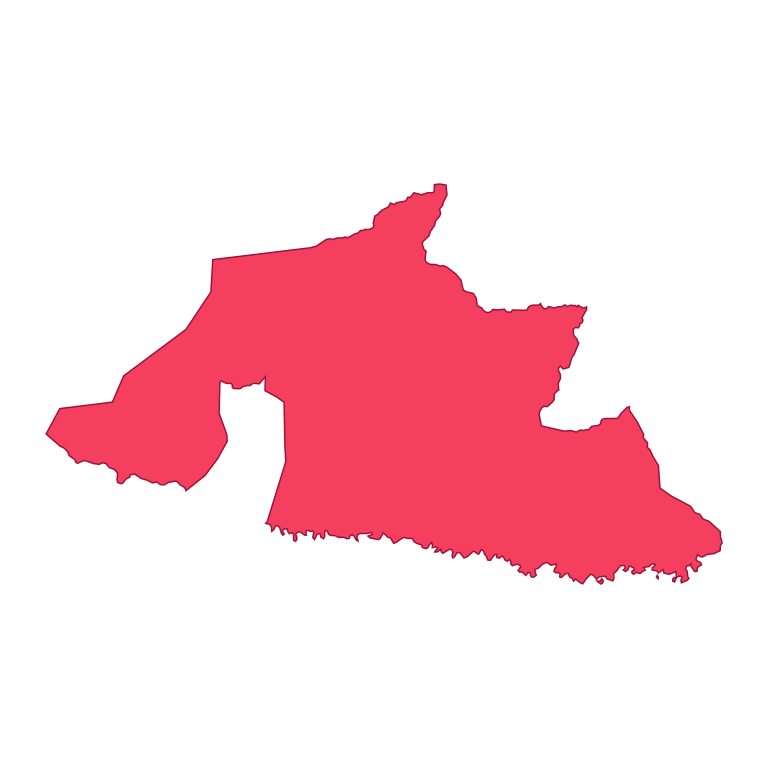 the district of Brasiléia, Acre, Brazil
{"feature_id": "56859067B75567329217000", "entity_name": "Brasiléia", "entity_type": "district", "adm_level": 2, "iso_a3": "BRA", "parent_name": "Brazil", "parent_adm1": "Acre", "projection": "orthographic", "projection_center": [-69.109, -10.703], "detail": "fine", "context": "isolated", "style": "filled", "palette": "rose", "viewbox_px": 768, "rotation_deg": 0, "n_neighbors": 0, "source": "geoboundaries", "source_scale": "gbopen_adm2", "svg_char_len": 6121}
<svg xmlns="http://www.w3.org/2000/svg" viewBox="0 0 768 768"><path d="M265.7,523.4L269.7,524.4L271.3,526.5L271.8,531.3L274.3,529.1L275.1,526.0L277.6,525.6L279.6,527.4L281.5,533.5L282.9,535.2L284.3,534.0L282.9,532.2L282.8,529.8L284.5,528.9L287.0,528.8L287.7,531.3L289.4,533.8L291.9,532.7L293.4,534.0L293.7,540.4L295.6,541.3L296.8,539.4L296.8,537.2L295.6,533.9L298.3,531.8L301.0,532.4L304.5,535.1L306.4,535.1L305.8,532.6L306.5,530.6L308.6,530.5L310.4,531.5L312.6,530.9L313.7,532.2L312.8,537.4L314.6,539.5L316.7,534.9L318.1,533.6L320.1,533.9L320.8,537.0L323.6,538.7L324.7,536.5L324.7,532.2L325.6,530.5L327.6,531.4L328.5,534.2L330.5,535.4L334.9,535.6L338.6,537.4L343.7,537.2L346.5,538.6L349.1,538.5L350.0,535.8L352.0,534.8L354.0,535.9L356.2,540.0L358.0,541.1L356.9,536.5L357.9,534.5L359.9,533.5L367.0,533.5L371.5,532.4L372.4,534.4L368.0,536.1L369.9,537.9L378.5,539.6L380.5,538.1L383.2,532.8L387.8,537.2L390.4,537.9L393.7,543.3L396.0,542.5L402.1,538.2L404.5,537.5L407.4,538.4L412.6,538.5L413.6,541.2L416.6,543.3L421.6,544.9L422.3,547.4L424.2,548.3L426.5,548.6L428.1,547.3L429.4,544.6L431.6,542.6L432.4,544.8L432.3,547.6L436.3,546.8L437.8,547.9L434.7,551.9L437.3,551.9L440.9,549.3L441.3,551.8L442.7,553.4L449.4,549.3L451.6,549.6L452.8,551.6L452.1,556.0L452.8,557.9L454.5,556.9L457.1,552.6L459.9,552.7L464.1,558.0L467.2,556.8L473.1,551.4L474.9,551.7L476.6,553.4L478.7,554.1L481.4,549.4L483.7,551.3L484.5,554.3L486.2,556.0L487.9,560.1L490.4,560.4L494.3,554.9L496.6,554.4L496.6,557.3L499.2,558.2L502.1,556.0L503.8,557.5L504.8,559.8L507.2,561.3L509.6,559.5L510.8,561.6L510.9,564.2L512.3,565.7L517.0,564.2L519.3,564.9L520.8,566.7L518.0,570.6L519.4,572.0L522.2,572.0L525.8,575.4L528.2,572.6L530.2,572.8L530.6,575.8L531.8,577.2L534.2,576.9L536.3,575.1L535.2,572.7L534.9,569.5L538.8,567.9L542.0,564.6L545.6,562.6L547.7,562.8L550.9,565.2L556.3,564.0L556.1,566.7L554.6,568.9L554.0,571.5L555.8,572.7L558.5,572.7L560.2,573.8L559.6,576.9L561.3,577.6L565.5,573.7L568.2,573.4L569.9,577.4L571.8,577.9L573.7,581.2L575.5,579.0L580.3,582.8L582.8,583.8L586.2,578.7L590.9,574.2L593.4,575.4L596.7,579.4L598.4,577.1L603.2,576.2L605.4,576.5L607.1,578.9L612.8,580.9L613.9,578.7L613.6,573.6L615.9,571.7L620.4,565.8L623.9,565.4L625.0,566.8L625.1,568.6L623.1,569.9L625.3,571.5L627.7,570.1L629.4,566.0L633.7,567.9L634.3,569.9L632.0,571.1L632.0,573.2L633.6,574.3L636.5,572.3L639.0,573.4L640.7,573.2L642.6,571.3L645.3,570.2L643.6,567.4L649.3,566.5L650.9,564.6L652.7,563.9L655.1,564.3L654.1,566.6L652.2,567.6L652.1,570.0L656.7,570.8L658.6,572.9L663.0,569.6L664.0,573.2L669.3,574.3L675.8,571.6L676.6,577.2L680.3,575.9L682.2,577.2L680.9,580.1L681.4,582.8L686.9,580.5L688.9,578.6L687.8,576.9L687.2,571.3L685.6,569.0L686.6,565.9L689.1,565.7L691.0,563.8L691.2,566.4L694.6,571.5L696.9,571.3L697.5,567.3L701.6,564.8L700.5,562.5L696.8,560.8L696.0,559.0L697.6,554.7L699.8,556.5L702.6,556.9L707.5,554.3L713.8,553.7L720.1,550.7L720.5,545.0L721.9,543.5L721.9,541.5L720.4,536.9L720.4,531.7L709.0,521.3L703.1,519.1L699.8,514.3L694.9,512.7L690.6,506.3L671.0,495.9L660.0,488.1L658.4,465.5L653.2,456.9L649.8,449.6L647.4,447.5L647.5,442.7L644.0,438.8L643.2,437.0L643.7,434.6L637.4,422.2L629.9,411.1L629.2,409.1L629.5,406.7L627.0,407.4L621.1,413.4L617.6,418.4L604.4,418.6L602.1,419.4L601.0,421.2L600.7,423.8L598.3,425.4L591.6,426.4L589.0,429.4L582.8,430.5L580.6,429.9L576.3,432.1L570.9,430.5L564.4,431.2L541.4,425.9L539.2,414.9L539.5,412.1L541.6,408.0L543.9,406.3L547.4,406.6L552.3,402.1L554.1,399.8L554.2,394.2L556.8,391.2L558.8,390.0L558.1,383.7L560.3,378.8L560.5,376.9L560.2,374.0L558.5,370.5L558.6,367.9L560.3,366.1L563.3,369.0L568.7,367.4L569.6,365.6L571.6,358.2L574.3,354.0L578.8,343.0L577.4,341.0L577.1,339.2L573.8,335.5L573.1,329.3L575.6,327.4L578.1,327.9L579.5,326.2L579.9,323.6L582.2,322.6L583.0,320.1L581.9,318.0L586.7,309.2L586.5,306.9L584.4,307.9L582.0,307.6L578.2,305.3L577.2,306.9L575.4,305.6L570.5,305.2L567.4,306.6L565.0,304.9L561.0,306.9L558.7,306.7L553.7,307.9L548.6,306.5L546.6,308.6L543.8,308.6L541.4,305.8L540.5,303.6L538.7,305.1L532.1,305.2L530.2,306.0L528.5,306.9L527.0,309.9L524.7,310.3L512.4,310.0L511.1,312.1L507.7,312.1L505.7,311.0L504.3,309.2L497.7,309.9L492.6,309.5L491.4,311.2L489.3,312.4L486.3,312.4L482.8,310.0L482.0,308.1L477.2,305.6L476.2,298.2L473.3,293.4L467.1,292.0L463.3,290.1L460.9,280.0L455.4,273.6L446.6,267.0L443.4,265.6L440.1,266.1L435.4,264.5L429.8,264.3L426.0,262.0L425.0,259.1L426.1,251.2L423.8,249.2L422.3,244.2L422.9,241.6L428.9,236.0L430.4,231.5L434.5,225.5L435.6,221.0L439.6,216.2L440.6,213.5L439.6,209.0L442.7,205.2L443.4,202.2L447.0,195.0L446.0,185.1L439.9,184.0L434.4,184.6L434.2,191.5L432.8,192.8L428.0,192.7L421.4,194.7L413.9,192.8L410.1,197.7L408.1,197.0L405.7,201.0L396.3,202.8L394.7,204.6L390.4,203.0L388.6,206.8L382.5,209.9L379.5,212.2L377.8,214.4L374.8,216.1L373.2,223.6L374.1,225.3L373.0,227.7L369.6,229.4L364.8,229.4L363.1,230.5L360.6,230.4L357.9,233.1L355.2,233.7L347.7,237.8L345.3,237.0L342.3,237.9L337.0,238.0L332.5,239.5L329.9,238.8L326.4,239.4L316.2,246.3L309.4,247.9L212.8,259.6L210.9,292.0L186.0,329.4L123.7,375.9L112.4,402.1L59.8,408.6L46.1,434.0L60.4,446.4L63.2,447.5L66.3,450.1L67.5,451.4L69.2,455.7L74.9,459.5L76.0,462.6L77.9,463.2L83.1,460.8L85.2,460.7L93.7,463.6L99.3,464.3L102.4,462.8L105.7,463.4L109.4,467.6L114.6,469.6L117.7,473.3L117.0,479.5L117.6,482.4L120.6,483.7L122.7,483.2L125.9,479.1L129.7,477.2L129.8,475.0L134.6,474.0L141.3,478.5L147.7,480.4L152.3,482.9L156.7,482.0L160.3,484.6L164.4,484.9L168.4,482.4L175.9,481.1L178.0,482.3L179.6,484.5L183.8,486.9L185.3,488.6L185.9,490.7L205.0,475.5L217.5,458.9L227.2,441.3L226.8,434.5L219.1,413.2L219.9,382.2L221.2,381.0L226.5,383.4L230.8,383.4L232.3,384.5L232.3,387.0L233.4,388.5L239.3,388.7L241.0,388.3L242.4,386.8L247.6,385.4L250.2,385.6L251.8,384.0L254.2,383.3L259.2,383.8L265.4,376.7L265.0,390.7L277.1,397.2L284.1,402.3L284.9,446.0L285.8,461.6L267.3,521.6L265.7,523.4ZM602.4,583.4L603.4,580.8L601.6,578.7L600.4,581.1L597.1,581.2L600.7,584.0L602.4,583.4ZM676.6,577.2L674.3,577.5L672.9,578.7L672.7,581.1L674.6,582.0L676.6,577.2ZM658.2,577.0L657.3,575.3L656.4,577.2L658.1,578.8L658.2,577.0Z" fill="#f43f5e" stroke="#9f1239" stroke-width="1.5"/></svg>